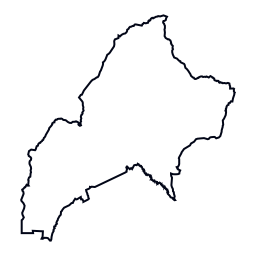 Ejura-sekyedumase, Ashanti, Ghana (Robinson projection)
{"feature_id": "2480657B28564915274944", "entity_name": "Ejura-sekyedumase", "entity_type": "district", "adm_level": 2, "iso_a3": "GHA", "parent_name": "Ghana", "parent_adm1": "Ashanti", "projection": "robinson", "projection_center": [-1.397, 7.385], "detail": "fine", "context": "isolated", "style": "outline", "palette": "ink", "viewbox_px": 256, "rotation_deg": 0, "n_neighbors": 0, "source": "geoboundaries", "source_scale": "gbopen_adm2", "svg_char_len": 5795}
<svg xmlns="http://www.w3.org/2000/svg" viewBox="0 0 256 256"><path d="M118.5,35.5L118.4,38.1L114.9,39.4L114.2,41.1L114.4,44.3L114.0,46.4L109.8,52.7L108.5,54.0L107.3,54.7L105.4,59.6L104.2,61.4L102.9,62.4L103.1,63.8L102.7,65.6L100.8,70.6L100.1,71.5L98.8,75.6L97.7,77.2L96.7,77.4L94.5,79.0L92.5,79.9L91.0,81.4L83.9,90.5L81.9,94.7L80.8,94.9L79.0,97.5L82.4,101.6L82.8,102.9L82.8,105.2L83.4,107.3L83.1,109.0L83.6,110.6L82.3,112.5L82.6,113.3L82.5,113.7L81.9,114.7L81.5,114.7L80.9,116.3L80.9,117.2L81.3,118.3L80.7,120.2L81.1,121.3L80.5,122.3L80.6,124.3L81.0,125.3L79.9,125.8L78.7,125.0L78.4,124.4L78.7,123.3L78.4,122.5L76.6,121.5L76.1,121.7L75.8,121.4L74.4,121.8L72.8,121.8L71.2,123.0L69.5,122.8L67.9,122.0L65.7,120.2L63.3,119.9L62.2,118.9L61.0,118.5L60.1,118.9L59.2,118.7L57.5,119.0L57.0,119.6L56.4,119.8L55.7,119.7L54.6,121.0L54.4,122.3L53.7,122.3L52.3,123.3L52.3,124.2L52.0,124.4L51.8,125.2L49.1,128.3L49.1,129.1L48.6,130.1L45.8,134.9L45.4,136.1L44.5,137.5L43.9,137.9L43.2,139.9L42.4,140.2L42.1,141.0L40.7,142.0L40.3,142.8L39.5,142.8L38.3,144.1L37.9,145.7L36.7,146.2L35.6,149.6L35.1,150.2L31.2,149.6L29.0,151.1L28.2,154.5L28.8,155.5L28.8,156.0L30.6,157.2L31.2,158.2L31.0,159.8L29.8,161.0L29.5,162.1L29.5,163.9L30.9,167.0L31.1,168.8L30.6,170.3L31.0,172.4L30.6,173.3L30.3,176.7L29.0,177.5L28.2,180.0L28.6,180.6L28.2,185.0L28.6,185.6L27.9,185.7L26.6,184.8L25.4,187.0L25.1,187.3L24.7,187.2L23.3,188.9L22.2,189.6L22.5,190.9L23.1,191.3L23.4,192.1L23.6,193.8L21.2,199.9L21.4,200.8L23.5,203.3L24.6,205.7L24.1,208.4L22.2,212.9L22.5,214.7L23.8,217.4L22.8,219.2L21.7,220.2L21.7,233.1L33.1,233.1L32.8,230.8L42.9,231.3L42.6,236.6L41.6,238.7L42.7,238.8L44.4,237.8L46.9,237.9L48.0,238.2L50.0,240.6L50.8,240.6L51.3,239.5L51.6,236.7L52.4,233.3L53.7,230.9L53.4,230.2L53.8,229.2L54.7,228.2L54.1,227.3L54.2,226.5L55.5,226.1L55.7,224.8L56.9,223.8L56.4,222.9L57.0,221.1L57.7,220.2L57.9,219.0L59.6,215.9L60.4,215.3L60.8,214.5L61.0,211.7L61.9,210.9L62.4,209.8L64.1,207.7L69.3,205.2L71.5,203.1L72.9,202.9L73.4,201.5L75.2,198.7L76.4,199.4L77.2,199.2L80.8,197.0L81.1,199.3L82.4,199.3L83.4,201.2L83.4,201.9L87.9,199.6L88.9,198.7L88.3,197.3L88.1,195.7L87.4,194.7L87.4,193.8L86.3,191.2L86.1,189.9L89.2,188.6L90.0,187.8L90.0,186.9L91.0,187.1L91.6,186.7L94.9,187.0L125.1,172.6L126.6,171.7L126.5,170.8L127.0,169.3L126.3,167.3L127.0,166.5L129.8,169.2L131.1,168.1L132.1,169.1L134.1,165.3L135.3,164.9L136.7,165.2L137.5,164.5L137.7,163.8L138.8,164.4L139.1,165.3L140.1,166.1L140.4,165.7L141.1,165.9L141.5,166.9L142.0,167.1L142.5,169.1L143.6,169.2L143.9,169.5L143.6,170.1L144.0,170.4L143.7,170.7L144.2,170.8L144.0,171.7L144.6,172.0L144.6,172.9L145.4,173.8L145.5,173.4L146.0,173.4L146.1,174.6L146.6,174.5L146.6,174.9L147.1,175.2L147.9,174.5L148.3,174.5L149.3,175.3L150.0,175.3L150.0,176.2L150.4,176.1L150.2,176.5L151.0,176.9L150.8,177.4L151.3,177.6L151.1,178.2L151.6,178.9L151.2,179.4L151.6,179.4L151.8,179.9L152.6,180.0L153.3,181.1L154.1,180.7L154.1,181.1L154.5,181.0L154.7,181.4L154.8,181.1L155.4,181.6L156.9,181.9L156.8,183.0L157.3,183.0L157.3,183.6L157.7,183.2L157.9,183.5L158.2,182.9L158.8,183.1L159.6,182.6L160.7,183.5L160.9,184.1L161.2,184.0L161.1,184.3L161.6,184.5L161.8,185.4L162.7,185.3L163.0,186.4L163.8,186.6L163.7,187.0L164.3,187.0L164.3,187.3L164.7,186.7L165.2,187.7L165.1,188.1L165.8,188.8L166.0,188.5L166.3,188.7L166.2,189.3L167.2,189.6L167.0,190.0L167.2,190.8L167.7,191.3L167.6,191.6L168.0,191.4L168.1,191.8L167.8,192.0L168.1,192.3L167.8,192.6L168.0,193.0L167.9,193.9L169.7,195.7L170.6,197.3L172.4,197.8L172.7,198.6L174.5,200.2L175.1,200.1L174.5,199.3L174.2,198.0L174.7,196.3L173.9,193.7L173.8,192.2L173.0,191.3L172.9,189.1L171.8,186.8L171.4,185.1L172.0,177.7L171.2,175.9L171.0,173.9L171.0,173.5L172.9,174.2L175.9,174.3L178.1,174.1L179.3,173.6L179.5,171.9L180.2,170.4L178.1,169.4L177.9,168.7L177.5,168.7L176.7,167.1L178.0,166.7L178.8,165.4L179.2,164.0L179.2,159.0L178.8,158.2L179.2,157.2L181.4,153.2L181.5,152.5L184.0,149.0L190.0,145.4L191.0,143.5L194.1,141.7L196.0,139.2L197.6,138.7L204.0,138.1L207.7,139.2L208.8,138.9L209.7,137.7L210.9,137.2L214.2,136.9L214.9,137.1L216.2,138.3L218.8,137.5L220.3,136.1L221.6,131.9L221.7,130.2L222.7,126.8L222.7,125.8L223.2,124.8L222.8,120.4L224.0,118.7L225.7,115.1L226.1,112.0L225.9,111.1L225.5,110.8L226.0,110.2L225.8,109.6L226.0,109.3L225.9,108.5L226.4,107.9L226.6,106.4L227.4,105.3L228.5,104.8L228.6,103.3L229.6,102.7L230.0,102.8L231.0,101.3L232.4,101.5L233.0,98.4L234.3,94.5L234.3,93.5L234.8,92.6L233.9,91.6L233.9,89.1L234.4,88.1L233.6,88.8L232.9,88.5L230.1,88.6L230.1,86.1L229.7,85.5L229.4,83.5L227.9,82.9L226.1,83.4L224.3,83.0L222.7,83.2L221.8,82.6L221.2,82.8L220.4,82.2L219.4,82.7L218.9,82.2L218.8,81.4L218.4,80.9L217.6,80.8L216.8,81.1L216.0,80.6L215.3,80.6L214.4,80.0L214.2,78.5L213.5,78.3L213.1,77.7L212.5,77.7L211.9,76.9L210.4,76.1L208.8,77.5L206.6,76.5L205.8,77.0L205.1,76.7L203.0,77.0L202.4,76.5L201.1,76.4L199.1,77.1L198.5,77.9L197.9,77.8L196.6,78.7L195.3,79.0L194.5,78.8L193.8,77.7L192.9,77.5L191.0,75.8L190.4,74.2L188.3,70.9L186.9,69.1L185.4,67.8L184.6,64.7L184.1,63.9L180.5,62.2L180.3,61.2L179.0,60.7L177.0,58.6L174.2,57.5L172.8,54.5L172.2,52.2L172.2,50.5L173.0,49.1L172.5,48.1L172.8,45.9L171.4,44.4L171.4,43.8L170.9,43.1L171.1,42.4L170.4,40.5L168.7,39.2L168.0,39.4L165.7,38.0L164.6,36.1L164.9,32.5L164.5,29.3L164.9,28.2L164.9,25.7L164.2,24.4L164.1,23.7L163.2,22.8L163.1,22.0L163.5,21.0L164.5,20.9L165.8,20.0L166.1,18.3L167.0,16.7L163.5,15.4L160.2,16.4L158.1,16.1L157.7,16.5L155.9,16.8L153.2,18.3L152.9,17.8L152.0,17.9L150.8,18.8L150.3,20.2L149.3,20.3L149.3,20.9L148.4,21.1L148.1,22.7L145.8,23.3L143.8,22.9L143.2,23.8L142.6,24.0L141.8,25.6L135.7,24.4L134.6,24.6L133.7,26.0L132.8,25.9L130.9,26.8L130.1,26.8L129.2,27.6L128.5,28.9L127.2,29.7L127.1,31.0L126.4,32.4L125.1,33.5L123.5,33.8L121.6,34.8L120.0,36.4L118.5,35.5Z" fill="none" stroke="#020617" stroke-width="2"/></svg>